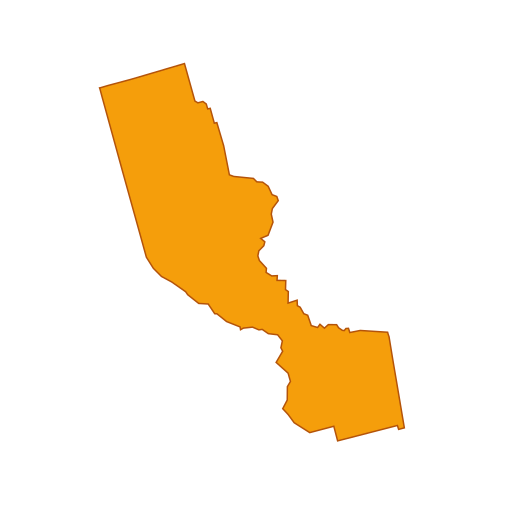 outline of Placer, California, United States of America, rotated 255°
{"feature_id": "52423323B56416092773024", "entity_name": "Placer", "entity_type": "district", "adm_level": 2, "iso_a3": "USA", "parent_name": "United States of America", "parent_adm1": "California", "projection": "orthographic", "projection_center": [-120.777, 39.014], "detail": "fine", "context": "isolated", "style": "filled", "palette": "amber", "viewbox_px": 512, "rotation_deg": 255, "n_neighbors": 0, "source": "geoboundaries", "source_scale": "gbopen_adm2", "svg_char_len": 1542}
<svg xmlns="http://www.w3.org/2000/svg" viewBox="0 0 512 512"><g transform="rotate(255 256 256)"><path d="M460.4,236.7L460.0,220.7L459.5,201.9L459.0,180.8L459.0,179.5L459.0,161.9L459.0,157.4L458.8,149.5L458.8,149.3L458.9,148.5L458.9,148.4L457.5,148.5L450.3,148.5L371.9,149.0L308.2,149.6L283.2,149.8L270.6,153.7L260.7,159.4L252.8,167.8L239.7,178.8L236.3,180.0L225.0,188.4L222.0,197.4L210.9,201.2L210.3,203.3L200.3,210.6L191.6,222.3L188.8,222.0L189.6,225.2L188.2,234.2L183.9,239.7L183.5,243.0L177.8,247.8L174.3,256.5L167.2,259.5L160.9,256.3L157.1,257.1L148.0,247.9L134.5,256.7L125.9,256.8L121.7,252.5L108.8,248.9L101.6,242.3L94.4,246.1L85.1,249.7L71.5,262.2L71.4,287.1L56.3,287.0L55.7,348.7L51.6,348.9L51.6,354.8L80.0,357.5L100.1,359.4L118.4,361.1L125.5,361.8L143.5,363.6L146.5,363.4L148.3,363.4L157.1,337.4L157.8,326.8L162.2,326.6L162.7,324.1L161.1,321.9L161.9,320.1L165.3,317.2L168.8,316.1L171.0,308.1L168.6,303.4L173.5,300.1L171.0,297.0L174.5,291.3L175.4,291.3L185.4,290.6L187.9,287.2L195.1,285.4L197.3,283.1L202.7,284.3L202.2,274.8L213.3,278.0L215.9,275.8L224.6,278.4L227.0,270.0L231.5,271.5L232.7,266.0L237.5,261.5L241.4,262.9L250.7,258.1L255.6,257.8L260.3,260.1L263.9,266.2L267.4,268.2L271.8,265.1L272.9,273.0L284.3,281.2L292.5,281.6L297.6,284.1L303.7,291.8L308.1,291.5L311.1,287.4L320.2,285.8L325.6,281.5L327.4,276.0L331.6,273.6L338.6,255.1L341.3,251.3L370.8,253.3L395.0,252.7L395.1,250.1L410.5,250.0L410.6,247.4L415.7,247.3L419.0,244.7L419.0,239.5L421.5,237.1L460.4,236.7Z" fill="#f59e0b" stroke="#b45309" stroke-width="1.5"/></g></svg>